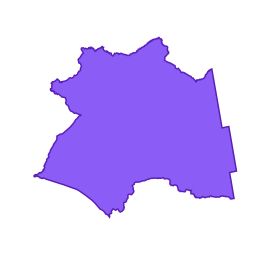 outline of Sissala East, Upper West, Ghana, rotated 81°
{"feature_id": "2480657B88326891244380", "entity_name": "Sissala East", "entity_type": "district", "adm_level": 2, "iso_a3": "GHA", "parent_name": "Ghana", "parent_adm1": "Upper West", "projection": "albers", "projection_center": [-1.879, 10.607], "detail": "fine", "context": "isolated", "style": "filled", "palette": "violet", "viewbox_px": 256, "rotation_deg": 81, "n_neighbors": 0, "source": "geoboundaries", "source_scale": "gbopen_adm2", "svg_char_len": 5700}
<svg xmlns="http://www.w3.org/2000/svg" viewBox="0 0 256 256"><g transform="rotate(81 128 128)"><path d="M160.9,228.4L161.6,227.8L161.6,227.6L161.4,226.5L161.1,226.4L161.3,226.0L161.2,225.6L160.9,225.4L161.0,225.2L161.7,224.8L162.3,223.6L162.9,222.9L163.4,222.8L164.5,220.5L164.1,219.4L164.4,218.7L165.4,217.4L173.9,200.5L180.6,188.3L182.1,186.3L187.9,180.3L194.0,174.6L196.8,172.5L203.8,168.2L205.2,166.0L207.8,164.0L208.4,164.0L209.8,163.2L210.2,161.9L213.1,160.2L212.3,159.9L210.2,159.9L210.0,159.7L209.9,158.1L209.5,157.6L209.1,157.4L207.6,157.6L206.5,156.3L205.6,155.8L205.6,155.3L207.3,153.0L206.5,151.3L206.5,150.6L209.3,149.5L209.8,148.8L209.3,147.0L207.8,145.0L206.9,144.8L206.1,144.1L204.2,144.4L201.3,143.9L200.7,143.4L200.9,142.2L200.3,141.2L198.3,140.3L196.9,138.8L195.6,138.9L193.9,138.4L193.6,137.1L194.4,135.0L193.9,134.2L192.0,132.3L191.2,132.1L189.9,132.4L186.9,132.4L185.8,132.8L185.3,132.4L184.5,130.6L183.4,130.3L183.0,129.9L182.7,129.1L183.1,124.9L182.6,122.8L182.6,119.3L181.8,116.9L181.8,115.3L181.3,113.9L181.8,108.2L182.3,107.1L182.5,105.8L182.2,105.2L182.6,104.5L182.8,102.8L182.5,101.0L183.9,100.1L184.1,99.1L183.9,98.1L184.9,95.7L186.3,94.7L188.6,95.0L189.6,95.4L190.4,95.2L190.8,94.6L191.4,94.4L191.6,93.1L192.1,92.3L191.5,91.2L191.7,90.0L192.6,88.6L195.7,88.0L196.8,88.2L198.0,87.5L198.2,86.6L198.9,86.4L198.8,85.6L199.9,81.9L199.8,81.5L197.9,80.1L198.4,78.6L199.4,76.9L199.2,76.5L199.9,75.7L199.8,75.4L201.1,76.0L202.8,76.1L203.1,75.2L203.0,74.2L204.2,73.5L204.1,73.1L205.7,72.9L206.4,72.6L206.3,71.9L206.6,71.7L207.0,71.8L207.2,72.1L207.4,71.9L207.8,68.9L208.6,68.1L208.2,67.3L208.3,66.3L207.6,65.7L207.4,65.0L208.1,64.3L208.9,62.7L208.6,62.2L208.5,59.0L208.9,58.2L207.9,57.4L208.2,56.3L208.9,55.9L208.9,55.3L209.9,52.6L210.2,51.3L210.1,50.2L210.6,48.4L209.8,47.2L210.0,45.9L209.8,45.2L210.4,44.2L210.7,42.6L211.2,42.2L211.2,41.0L211.9,39.1L212.7,38.7L213.0,38.2L213.9,38.0L214.2,37.4L214.2,34.3L187.9,34.6L187.5,27.6L142.3,28.2L142.6,35.1L82.8,36.0L82.9,36.8L83.3,37.3L83.5,38.1L83.8,38.1L83.7,38.7L84.4,38.9L84.2,39.4L84.8,39.9L84.8,40.3L86.6,41.6L87.6,43.1L88.9,43.7L89.5,43.8L90.5,44.9L91.2,46.2L91.2,47.8L91.6,48.4L91.3,48.8L91.6,49.4L91.2,49.7L91.7,50.7L91.3,51.6L91.7,52.2L91.5,52.7L92.9,53.2L92.8,53.9L91.7,54.2L89.9,55.5L89.0,55.8L88.6,56.9L86.9,57.8L86.6,58.6L82.2,63.8L81.5,65.2L81.6,66.8L79.6,67.4L77.0,69.0L77.3,69.4L77.3,70.2L76.8,71.1L75.8,71.8L74.8,72.0L74.0,71.7L70.8,75.6L68.8,79.0L66.9,81.3L64.8,80.6L63.6,80.6L62.8,79.1L60.9,77.1L60.9,76.5L60.5,76.2L59.2,76.0L58.7,76.8L58.0,76.9L57.4,76.6L56.8,77.0L54.5,76.2L53.5,76.7L53.1,77.4L52.7,79.0L52.4,79.4L51.9,79.6L51.2,80.6L50.9,80.5L50.0,81.1L49.4,81.0L49.0,81.5L48.3,81.5L47.0,80.7L46.6,80.9L46.1,80.8L45.5,81.1L45.7,81.3L45.4,81.3L45.0,82.3L43.4,83.3L44.0,84.5L44.3,84.1L44.5,84.6L44.1,85.2L44.3,85.8L44.1,85.9L44.4,86.4L44.6,86.1L44.5,86.6L44.7,86.8L44.4,87.6L44.7,87.9L44.8,88.5L44.4,88.9L44.7,90.0L45.0,90.1L45.1,90.8L45.5,90.8L45.4,91.2L45.9,91.7L45.7,92.1L46.3,92.7L45.8,92.7L46.4,93.4L46.3,93.5L46.7,94.7L47.4,95.0L47.4,95.5L47.7,95.5L47.9,96.1L48.5,96.5L49.2,98.7L50.0,99.2L50.0,100.2L50.6,100.8L50.6,101.8L51.4,102.8L51.2,103.6L51.8,103.6L51.9,105.3L52.2,105.2L52.6,105.6L53.2,107.2L54.0,107.1L54.4,107.8L54.9,109.6L54.5,110.9L54.7,111.5L54.9,112.2L55.4,112.5L55.6,113.2L55.3,114.0L56.4,115.0L56.5,115.5L56.1,117.7L55.8,117.7L54.8,119.8L54.7,121.0L54.0,121.7L53.1,123.2L53.7,125.1L53.3,125.0L53.0,125.4L52.6,126.5L52.8,126.6L52.1,127.6L52.6,128.7L52.6,129.1L52.2,129.4L52.4,129.7L54.3,131.1L54.4,131.7L53.8,132.5L53.2,132.6L52.9,133.0L51.6,132.9L51.3,134.0L51.5,134.4L51.1,134.4L51.2,134.7L50.9,134.7L50.5,135.5L50.0,135.9L49.9,136.4L49.5,136.2L49.4,136.7L49.0,136.6L48.6,136.9L48.6,137.4L49.1,137.9L48.0,139.3L45.9,140.3L44.7,139.6L44.5,140.7L43.9,140.3L43.5,140.7L43.5,141.1L44.4,141.9L44.4,142.5L45.1,143.2L44.8,143.7L44.9,144.3L45.3,144.6L45.0,145.1L45.8,146.2L45.9,146.8L46.8,147.4L46.8,147.7L46.5,147.8L46.9,148.2L46.4,148.3L46.5,148.7L45.1,149.4L44.4,150.2L44.0,149.8L43.8,150.4L42.6,151.4L42.5,152.0L43.4,152.2L43.2,152.7L43.6,152.8L43.2,153.6L42.8,153.7L43.1,154.0L42.7,154.4L43.5,155.0L43.6,155.9L42.7,157.2L43.1,158.4L41.8,159.5L41.8,161.4L42.9,161.9L46.0,160.7L47.4,160.5L48.0,161.9L51.2,164.6L52.0,166.0L52.6,166.4L54.0,166.5L56.0,166.3L56.4,166.0L56.7,165.1L57.5,164.7L59.2,164.5L60.3,164.5L61.5,165.6L63.7,165.9L64.2,167.5L65.6,168.8L66.8,169.3L67.6,170.5L68.0,171.4L67.5,172.8L68.8,173.5L69.4,174.3L69.9,175.5L69.3,177.8L71.2,180.6L71.8,182.7L71.9,185.4L72.9,186.5L72.7,186.8L72.1,186.2L71.8,186.5L72.2,188.3L70.6,188.5L68.6,190.1L68.7,190.6L69.4,191.3L70.4,193.0L70.6,194.4L70.5,195.3L71.8,196.8L72.6,195.9L73.9,196.6L76.7,196.9L77.0,197.2L77.1,198.3L77.4,198.5L78.9,198.5L79.1,197.2L79.7,197.5L79.9,197.1L79.8,195.7L80.5,195.0L80.8,195.5L81.7,195.5L82.7,194.7L83.0,194.1L82.4,193.8L82.4,193.1L83.8,192.5L83.6,191.6L83.9,191.0L85.8,189.3L86.9,188.7L88.2,185.1L89.4,185.1L90.7,184.5L93.4,185.7L95.2,185.1L96.0,184.1L96.8,183.6L99.3,183.0L100.1,183.1L102.4,181.9L103.1,180.4L104.8,179.0L105.2,178.1L105.2,177.1L106.0,175.6L107.5,173.5L107.5,172.8L108.1,172.6L108.5,174.1L109.1,175.2L110.5,176.5L111.6,178.3L114.5,180.8L118.0,184.8L123.5,193.6L123.5,196.3L124.1,197.1L124.7,199.3L125.8,199.7L127.2,199.7L129.0,200.6L132.5,204.0L134.3,205.0L137.5,207.9L139.3,208.6L141.3,210.4L143.0,211.0L144.3,210.6L146.1,213.1L148.0,213.6L149.1,214.6L150.4,215.5L150.9,215.3L151.4,216.2L152.7,216.9L153.2,216.5L154.0,216.5L155.2,217.4L155.7,217.3L156.2,218.5L156.6,218.4L156.5,217.9L156.8,217.9L158.1,220.3L158.8,220.9L158.8,221.2L158.3,221.6L158.3,222.6L159.4,223.9L159.6,224.7L159.8,226.0L159.6,226.7L160.1,228.0L160.9,228.4Z" fill="#8b5cf6" stroke="#5b21b6" stroke-width="1.5"/></g></svg>